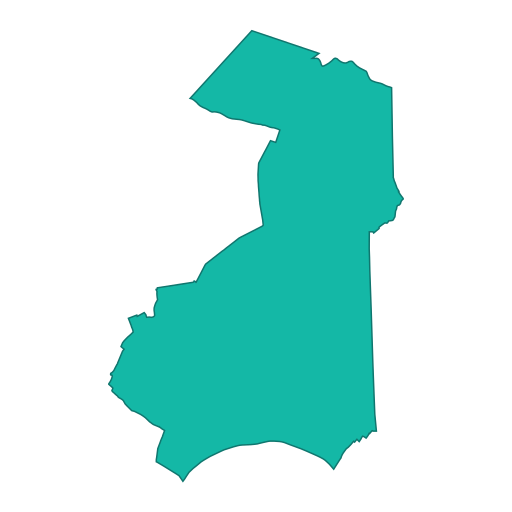 Kapelle, Zeeland, Netherlands
{"feature_id": "6326949B3037358920764", "entity_name": "Kapelle", "entity_type": "district", "adm_level": 2, "iso_a3": "NLD", "parent_name": "Netherlands", "parent_adm1": "Zeeland", "projection": "albers", "projection_center": [3.961, 51.499], "detail": "fine", "context": "isolated", "style": "filled", "palette": "teal", "viewbox_px": 512, "rotation_deg": 0, "n_neighbors": 0, "source": "geoboundaries", "source_scale": "gbopen_adm2", "svg_char_len": 5906}
<svg xmlns="http://www.w3.org/2000/svg" viewBox="0 0 512 512"><path d="M182.9,481.3L184.5,479.2L186.4,476.2L189.0,472.3L190.9,470.5L193.1,468.4L195.9,466.2L201.2,461.8L203.5,460.3L207.0,458.2L210.3,456.3L221.2,451.1L224.1,449.8L226.9,448.9L233.5,446.8L238.0,445.6L240.1,445.2L242.3,445.0L250.7,444.6L254.0,444.3L257.3,443.9L259.6,443.3L263.8,442.3L267.9,441.4L269.9,441.1L274.0,441.1L279.7,441.5L282.1,441.9L284.6,442.6L290.5,444.9L300.9,448.7L306.6,451.1L317.2,455.8L320.3,457.3L323.4,459.0L325.2,460.3L327.4,462.3L329.5,464.3L333.7,469.2L337.7,462.9L340.2,459.0L340.6,458.5L340.8,458.2L341.0,457.9L341.1,457.5L341.2,457.2L341.4,456.4L341.9,455.5L342.0,455.0L343.2,453.0L346.0,449.1L346.6,448.5L348.3,447.2L350.8,444.6L353.6,441.3L354.6,442.1L356.9,439.3L359.2,441.6L361.0,438.9L361.6,437.6L362.6,436.2L363.9,436.6L366.1,438.1L366.9,437.1L368.0,435.5L369.2,433.3L369.6,433.6L372.1,430.7L372.5,430.7L372.9,431.1L376.4,431.1L374.8,414.3L374.1,396.8L373.2,373.1L372.8,361.9L371.2,310.9L369.8,270.6L369.5,257.3L369.2,248.8L369.3,231.8L372.9,231.8L373.7,233.0L379.1,228.5L379.0,227.3L379.6,226.7L381.7,225.1L384.7,223.0L384.9,222.9L385.5,223.0L386.4,223.1L386.9,223.1L387.2,223.0L387.5,222.8L388.6,221.2L388.7,220.9L390.9,220.7L391.9,220.5L392.5,220.4L393.1,220.0L393.3,219.7L393.8,218.9L393.9,218.5L394.0,218.3L394.6,217.4L394.8,217.0L394.9,216.7L395.0,216.3L395.1,215.3L395.4,212.6L395.5,211.5L395.6,211.2L395.6,210.9L396.4,209.2L396.6,208.4L396.7,208.0L396.7,207.3L396.8,207.1L396.9,206.7L397.4,205.6L397.5,205.5L398.2,205.3L399.2,205.0L399.5,204.8L399.8,204.5L400.5,203.5L400.6,203.2L400.9,202.0L401.1,201.5L401.5,200.8L401.9,200.2L403.1,199.2L403.2,198.8L403.2,198.7L402.9,198.1L402.5,197.5L401.3,196.0L400.9,195.4L399.9,194.0L399.6,193.6L399.5,193.2L398.8,192.3L398.6,192.1L398.5,191.9L398.9,191.6L399.0,191.4L397.3,188.6L396.8,187.7L396.5,186.7L394.9,182.2L394.7,181.8L394.5,181.6L394.1,180.2L393.5,178.0L393.3,177.5L393.2,177.4L393.3,176.4L392.4,136.8L391.6,87.7L391.2,87.5L389.8,87.0L389.0,86.8L388.2,86.6L386.8,86.1L385.8,85.7L383.6,84.6L382.0,83.8L380.1,83.2L377.9,82.7L376.6,82.4L375.5,82.1L374.4,81.7L372.2,80.9L371.2,80.3L370.7,79.9L370.3,79.6L369.6,78.7L368.8,77.2L367.9,75.4L367.1,73.0L366.6,72.0L366.2,71.3L359.4,67.8L358.4,67.1L357.4,66.4L356.9,66.1L356.1,65.3L354.9,64.2L353.3,62.4L352.5,61.7L352.3,61.5L351.2,61.2L350.9,61.2L349.1,61.5L347.4,62.5L346.8,62.6L346.3,62.9L345.1,63.0L344.4,62.9L344.0,62.9L342.9,62.6L341.6,62.1L340.5,61.5L339.5,60.8L338.5,60.1L337.7,59.3L337.1,58.8L336.7,58.6L336.3,58.5L335.2,58.2L334.6,58.4L334.2,58.6L333.4,59.2L332.5,60.1L331.7,60.9L328.8,63.2L327.8,63.8L325.7,65.0L324.5,65.6L323.5,66.0L322.7,66.2L322.4,66.2L321.6,65.3L321.0,63.9L320.8,63.0L320.4,61.9L319.9,60.8L319.7,60.5L319.2,59.8L318.4,58.9L317.5,58.5L317.2,58.4L316.4,58.3L313.2,58.4L312.2,58.4L319.0,53.4L251.8,30.7L190.1,98.4L191.9,98.9L193.6,99.9L195.2,101.2L196.8,102.6L198.3,104.3L199.9,105.7L201.6,106.7L203.3,107.6L205.1,108.3L206.9,109.2L208.6,110.2L210.3,111.3L212.1,112.0L214.2,111.8L216.2,112.0L218.0,112.4L219.9,112.9L221.7,113.8L225.1,115.8L226.8,116.9L228.5,117.7L230.4,118.3L232.3,118.8L236.2,119.2L238.1,119.4L240.1,119.6L242.0,120.0L251.2,122.9L253.1,123.3L257.0,124.0L258.9,124.3L260.9,124.4L262.7,125.1L264.7,125.2L266.5,125.8L268.3,126.5L270.1,127.2L272.0,127.6L274.0,127.8L275.8,128.4L277.7,129.0L279.9,130.0L275.7,142.4L270.5,140.7L265.8,149.7L264.8,151.5L260.0,160.6L258.8,162.9L258.6,163.8L258.0,174.0L258.0,175.2L258.1,178.8L258.1,180.7L258.4,184.2L258.5,186.7L259.0,192.7L259.2,195.9L259.5,199.2L259.6,201.1L259.8,202.3L259.9,204.0L261.1,210.9L262.7,220.0L263.2,224.8L263.1,225.4L262.8,225.7L261.8,226.4L249.7,232.6L241.4,236.8L239.0,238.1L231.1,244.3L226.3,248.0L223.9,250.0L222.0,251.3L205.9,263.9L205.5,264.3L205.4,264.5L204.8,265.5L201.1,272.7L196.7,281.1L196.3,281.9L196.1,282.2L196.0,282.3L195.6,281.9L195.3,281.6L195.0,281.4L194.2,281.0L194.1,281.3L193.9,281.6L193.4,282.1L193.0,282.3L192.4,282.4L157.4,287.8L157.2,288.0L157.1,289.2L156.1,289.4L156.1,289.8L156.3,290.1L157.0,291.4L156.9,293.6L157.0,295.5L157.2,297.4L157.5,299.3L157.6,299.7L155.7,303.1L155.2,304.4L154.7,306.0L154.2,307.7L154.1,308.9L154.1,309.9L154.1,310.4L154.4,312.5L154.6,314.8L154.6,315.6L154.5,315.8L154.0,316.4L153.4,316.8L152.6,317.1L152.4,317.2L151.8,317.3L151.2,317.3L149.5,317.1L149.1,317.1L146.7,317.3L146.2,316.0L146.1,315.5L145.8,314.6L144.2,312.6L137.2,316.4L136.8,315.1L128.4,318.3L130.1,322.7L130.7,324.3L131.1,325.3L131.6,327.0L131.9,327.8L132.3,328.5L132.4,328.9L132.7,329.8L133.0,330.9L133.1,331.3L133.0,331.9L133.1,332.1L132.9,332.3L130.8,334.4L127.7,337.1L124.2,340.7L122.6,342.8L121.0,346.6L123.0,348.3L124.1,349.2L122.9,350.7L122.5,351.3L120.1,357.1L117.7,362.9L117.5,363.7L117.4,364.0L116.9,364.6L115.3,367.6L114.2,369.8L114.0,370.4L113.8,370.6L113.2,371.3L112.4,372.2L111.8,372.7L111.2,373.0L110.9,373.2L110.7,373.5L110.6,374.2L110.6,374.5L110.7,374.9L110.9,375.0L111.0,375.0L111.9,375.2L112.0,375.2L112.1,375.3L112.1,375.5L112.2,376.0L112.2,376.7L112.1,377.1L111.4,379.3L110.9,380.3L110.3,381.5L108.8,383.8L108.8,384.0L108.8,384.3L112.6,387.7L112.8,388.1L112.8,388.5L112.5,389.2L111.9,390.5L112.0,390.9L112.5,391.6L116.6,395.3L117.0,395.6L117.3,395.8L117.8,396.4L118.1,396.9L118.3,397.2L119.2,397.8L120.3,398.4L122.1,399.5L122.6,399.9L122.8,400.1L123.0,400.3L123.5,400.9L125.2,404.0L125.7,404.5L126.8,405.7L131.7,410.6L133.1,411.0L134.0,411.2L134.8,411.5L140.2,414.2L141.1,414.7L143.5,416.3L145.5,417.8L145.7,418.0L149.7,421.9L150.0,422.1L150.4,422.3L151.4,423.1L152.9,424.2L153.8,424.7L158.4,426.6L159.0,426.9L159.2,426.7L159.4,426.9L159.4,427.0L160.5,427.7L161.7,428.7L163.5,429.8L164.6,430.5L162.6,436.0L162.5,436.5L162.3,437.1L162.0,437.6L161.9,437.8L160.7,440.7L160.4,441.7L157.8,448.6L156.7,457.2L156.3,459.7L156.3,461.8L157.2,462.2L163.6,466.0L176.8,474.2L177.8,474.9L178.7,475.4L178.9,475.5L182.9,481.3Z" fill="#14b8a6" stroke="#0f766e" stroke-width="1.5"/></svg>